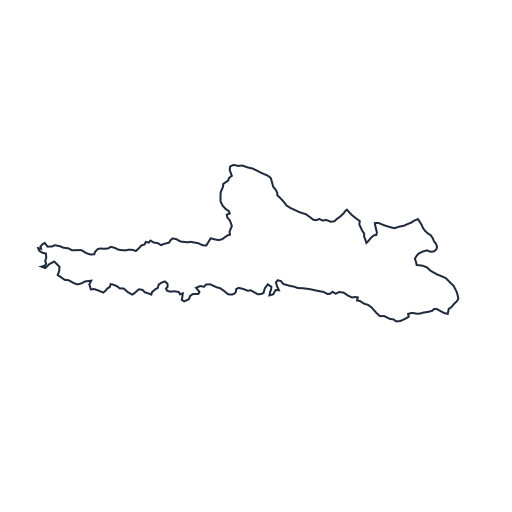 Cezarina, Goiás, Brazil (Equal Earth projection), rotated 114°
{"feature_id": "56859067B44555357251556", "entity_name": "Cezarina", "entity_type": "district", "adm_level": 2, "iso_a3": "BRA", "parent_name": "Brazil", "parent_adm1": "Goiás", "projection": "equal_earth", "projection_center": [-49.742, -17.105], "detail": "fine", "context": "isolated", "style": "outline", "palette": "slate", "viewbox_px": 512, "rotation_deg": 114, "n_neighbors": 0, "source": "geoboundaries", "source_scale": "gbopen_adm2", "svg_char_len": 4160}
<svg xmlns="http://www.w3.org/2000/svg" viewBox="0 0 512 512"><g transform="rotate(114 256 256)"><path d="M254.1,95.4L251.4,93.2L249.3,91.8L247.1,93.5L244.6,90.6L243.1,85.0L241.8,82.6L239.7,80.2L237.0,76.0L234.5,72.8L232.2,71.9L230.9,69.5L231.6,61.0L230.9,57.3L225.9,58.4L223.0,56.6L220.7,56.0L218.6,55.4L215.4,54.0L212.7,53.8L210.3,55.5L207.8,57.5L206.0,59.5L202.9,63.3L201.5,67.2L199.0,73.7L199.0,78.0L199.2,83.4L198.5,90.4L196.8,95.5L197.2,100.4L198.9,105.5L196.3,107.5L193.8,109.8L189.4,109.1L187.3,108.2L183.9,105.3L181.3,102.0L181.2,98.4L179.5,95.4L176.6,93.9L173.8,94.4L171.6,96.6L170.2,99.3L167.6,102.1L165.9,105.0L165.5,108.0L164.4,111.5L162.7,114.7L160.2,117.3L156.4,123.0L160.0,126.4L162.1,127.5L164.0,129.4L165.9,131.2L168.5,133.5L170.7,136.8L174.3,140.9L175.1,145.3L175.8,151.0L176.0,157.6L177.6,160.8L180.5,158.9L182.5,157.3L185.4,155.1L187.8,154.6L189.3,156.8L192.4,158.3L196.4,159.4L199.2,160.5L196.3,163.0L194.1,165.3L191.6,166.2L189.4,169.6L187.0,172.4L185.1,174.5L181.9,175.4L181.1,179.1L179.7,184.8L178.4,188.1L176.7,191.8L179.0,192.9L181.2,193.2L186.1,195.3L189.4,197.3L192.4,198.5L194.3,201.6L194.5,206.6L196.5,209.4L196.4,213.2L198.8,215.6L199.6,218.3L198.6,222.3L197.5,227.4L198.0,231.2L198.3,234.5L198.2,239.3L198.1,244.2L197.5,248.6L196.0,251.2L194.6,254.0L193.2,257.4L191.9,261.2L189.8,262.2L187.9,264.3L185.7,268.5L182.2,271.3L178.7,274.3L177.8,278.1L177.9,284.9L177.6,290.6L177.5,294.8L178.5,299.8L178.9,305.2L181.1,309.3L181.8,313.4L184.6,316.0L188.0,315.1L192.6,310.7L195.4,312.3L198.6,312.2L201.2,313.8L203.3,315.2L206.2,314.3L211.9,314.2L214.5,313.3L216.6,312.4L220.6,310.6L223.6,306.9L225.3,303.1L226.0,299.2L227.8,297.3L230.2,299.5L232.5,297.8L234.3,294.2L236.5,292.0L238.5,290.2L241.8,290.2L244.8,290.0L247.1,288.4L248.8,290.4L251.2,291.9L254.5,293.8L256.7,296.6L257.5,300.0L258.3,304.6L262.1,305.1L266.6,305.7L267.9,309.0L267.8,314.0L269.7,321.6L271.3,324.0L272.4,327.4L273.5,330.9L273.0,335.9L274.0,339.5L276.5,340.5L279.2,340.9L282.2,344.7L284.7,347.2L284.2,350.8L285.3,355.1L284.8,358.6L287.5,359.5L287.9,362.4L290.8,362.5L293.0,365.0L296.4,366.1L300.3,367.8L300.5,370.8L301.7,374.3L304.0,377.6L305.4,381.4L306.2,384.6L306.0,388.1L306.6,392.2L309.4,394.4L311.4,398.2L312.5,401.4L314.1,403.4L317.6,404.7L320.2,404.5L321.9,407.5L322.4,411.9L321.7,417.9L323.6,422.2L325.6,426.4L325.3,430.5L326.8,435.5L326.8,439.0L328.0,444.2L330.2,446.1L332.2,450.2L330.0,454.4L331.9,455.7L334.8,456.8L336.8,455.2L337.4,458.2L339.3,456.3L339.9,452.5L339.2,448.9L342.9,446.9L346.4,446.5L348.3,444.6L350.9,445.1L353.0,447.7L352.7,443.6L347.7,441.6L343.1,438.1L345.8,431.1L349.7,429.7L354.1,429.4L354.7,425.6L355.6,421.1L354.4,417.6L354.6,414.4L354.9,411.0L354.5,407.4L351.8,404.1L348.9,402.0L347.2,399.2L345.6,396.5L349.7,396.8L351.8,394.9L353.7,393.3L352.0,390.4L351.6,385.3L351.5,380.6L348.6,379.2L346.0,378.6L344.0,377.0L340.8,377.3L340.2,374.4L340.2,370.2L341.0,367.5L339.5,363.5L341.1,358.7L341.6,353.3L339.1,351.8L336.2,350.5L334.0,349.4L333.1,345.8L334.4,342.9L334.0,339.7L333.8,335.9L331.3,336.3L327.5,334.5L325.0,332.7L321.6,333.3L318.3,331.1L316.3,328.9L317.3,325.6L320.2,324.2L322.4,325.0L323.9,323.0L323.5,320.0L321.3,315.9L320.3,311.8L321.9,309.8L319.9,307.7L323.7,306.5L326.2,306.1L326.7,303.2L322.7,299.7L319.5,300.0L316.6,298.4L314.0,293.2L311.8,293.1L309.4,297.8L306.1,294.7L305.3,291.0L302.4,290.1L300.5,286.4L300.6,279.5L300.0,275.5L300.9,271.1L302.3,265.8L301.0,262.2L299.1,260.4L297.0,259.8L294.3,260.6L292.2,259.0L291.3,254.3L291.1,249.3L289.5,246.9L289.9,242.3L290.2,238.7L288.7,235.9L286.7,234.1L281.9,234.8L277.1,233.7L277.9,229.4L280.8,228.5L283.2,228.5L286.5,227.7L284.0,224.7L281.2,224.5L279.0,224.1L278.0,221.1L275.1,224.4L272.0,227.1L269.3,226.3L268.8,223.0L270.5,219.7L269.4,212.3L268.5,208.8L268.3,204.8L266.4,200.1L264.8,194.8L264.1,192.1L262.9,186.1L261.4,179.8L261.6,175.1L260.3,172.9L257.6,171.6L258.0,167.8L255.1,165.4L253.8,161.1L254.8,155.4L254.8,151.3L253.2,148.9L252.4,146.2L255.5,145.6L254.8,142.5L255.6,137.9L255.1,133.6L255.9,129.9L257.1,127.0L259.1,122.7L260.5,118.5L258.7,114.4L259.0,108.2L258.0,104.5L258.7,101.5L257.0,98.0L254.1,95.4Z" fill="none" stroke="#1e293b" stroke-width="2"/></g></svg>